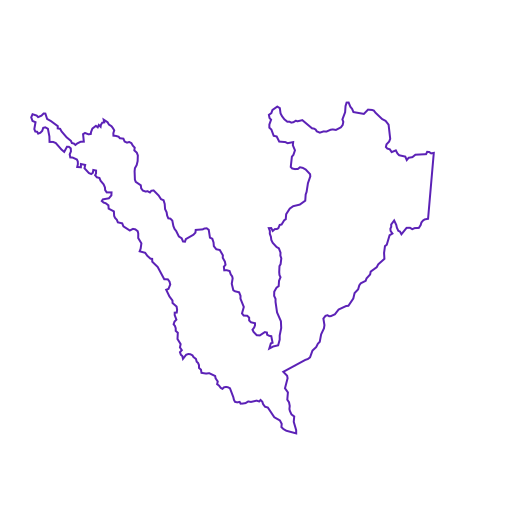 Ivolândia, Goiás, Brazil, rotated 349°
{"feature_id": "56859067B92704348904793", "entity_name": "Ivolândia", "entity_type": "district", "adm_level": 2, "iso_a3": "BRA", "parent_name": "Brazil", "parent_adm1": "Goiás", "projection": "natural_earth1", "projection_center": [-51.093, -16.686], "detail": "fine", "context": "isolated", "style": "outline", "palette": "violet", "viewbox_px": 512, "rotation_deg": 349, "n_neighbors": 0, "source": "geoboundaries", "source_scale": "gbopen_adm2", "svg_char_len": 6084}
<svg xmlns="http://www.w3.org/2000/svg" viewBox="0 0 512 512"><g transform="rotate(349 256 256)"><path d="M158.7,131.8L156.7,129.1L157.6,126.5L156.1,124.1L155.2,121.4L153.3,119.9L151.0,120.1L148.9,118.6L148.2,115.5L144.8,114.4L143.9,112.7L141.4,111.4L139.0,110.7L139.4,108.2L140.8,105.6L140.0,103.3L138.9,101.0L136.7,98.9L135.8,96.3L132.5,93.1L132.5,95.9L130.5,95.8L128.8,97.6L128.1,99.5L126.7,97.4L125.2,99.5L123.7,97.7L119.7,99.7L117.7,102.9L117.1,104.7L114.8,104.6L111.6,102.6L109.5,103.4L108.8,110.9L105.6,110.4L102.0,111.4L99.9,112.5L98.6,110.8L96.8,110.0L96.3,107.7L92.7,103.3L88.9,96.6L88.0,93.8L85.7,92.9L86.2,90.7L80.4,84.4L77.1,81.6L76.4,76.0L74.7,75.6L72.2,77.3L68.6,78.1L67.5,76.3L63.7,74.2L61.8,77.0L62.4,80.8L65.1,82.6L62.6,89.1L63.1,91.7L64.9,92.3L65.5,94.3L67.8,93.9L70.0,92.4L71.6,89.6L73.7,89.5L76.0,91.4L76.0,99.2L75.1,104.6L78.6,105.3L81.0,106.9L85.3,114.3L87.6,117.2L91.3,112.7L93.2,113.1L94.7,115.0L94.3,118.0L92.5,120.7L92.5,123.8L94.8,124.4L98.6,127.1L99.1,129.2L98.7,131.8L97.5,134.5L101.0,135.5L101.7,132.3L105.7,134.0L104.4,137.2L107.8,142.7L109.9,144.1L111.7,143.2L112.7,140.5L115.3,141.6L114.7,144.5L113.5,146.0L114.8,148.4L117.2,149.5L117.8,152.5L120.1,156.6L120.8,159.9L120.5,162.5L121.6,165.1L126.3,166.0L125.6,168.9L122.6,171.3L116.5,171.2L115.1,172.6L116.6,174.5L118.5,175.5L120.8,178.1L120.4,181.4L125.0,185.1L124.4,189.6L124.9,191.7L126.3,193.9L126.8,196.6L130.9,198.4L131.5,201.6L137.0,206.9L140.4,205.9L142.6,206.8L144.6,209.1L144.7,211.5L143.8,215.9L145.9,221.7L144.2,226.7L142.7,229.2L147.8,231.7L149.3,235.0L151.9,238.5L153.5,239.0L153.1,241.8L157.4,248.0L161.5,261.3L165.0,262.1L166.2,264.6L166.4,267.6L163.8,271.6L161.4,272.0L163.3,279.2L165.5,283.8L165.1,286.2L168.4,290.5L168.3,293.7L167.4,296.4L165.4,296.1L164.9,298.4L165.7,303.3L163.5,304.8L162.1,307.3L163.1,309.2L163.4,311.6L162.9,314.2L164.6,316.4L163.1,322.5L165.2,328.1L163.9,331.2L165.2,334.3L163.0,335.9L163.4,338.6L164.6,340.1L164.7,343.0L168.6,339.6L170.9,339.3L172.8,339.9L174.7,341.4L175.3,343.2L177.4,345.6L177.6,348.4L178.7,349.9L179.2,352.2L178.7,355.0L180.3,357.1L180.2,360.3L184.6,361.9L187.7,362.1L193.0,366.0L193.0,368.4L194.5,371.9L193.4,374.4L195.0,376.2L196.2,378.7L197.7,380.0L199.5,378.8L201.6,378.8L203.4,379.5L205.2,380.9L206.8,390.2L206.9,393.0L207.6,395.2L209.7,396.1L212.1,396.1L212.7,398.0L214.7,398.3L217.7,398.4L220.6,397.3L223.2,398.3L229.0,398.1L231.4,399.4L233.0,398.2L234.4,400.3L234.7,402.8L236.1,405.7L238.7,407.0L243.2,417.8L248.1,422.0L249.2,425.7L248.3,428.8L249.9,431.1L252.4,433.3L261.6,437.8L262.2,434.6L261.4,426.0L262.9,420.8L260.6,418.3L259.7,414.6L259.6,412.6L260.5,409.6L260.5,405.9L259.3,403.0L261.3,396.0L259.2,391.4L263.7,382.0L263.7,379.5L260.7,374.9L284.6,367.4L287.3,367.0L289.7,365.8L293.4,359.6L297.7,356.9L300.0,353.9L302.2,352.4L305.0,345.3L308.9,340.0L310.0,336.9L310.2,330.3L312.8,328.0L314.9,327.8L316.3,329.1L318.0,329.3L322.3,328.3L326.9,324.3L334.9,322.3L337.2,322.5L343.4,316.3L345.7,311.2L349.9,308.2L351.8,304.5L353.6,302.8L358.9,301.3L360.2,299.1L364.5,295.9L365.6,293.2L372.4,290.0L374.4,287.5L381.5,283.3L382.3,277.4L384.5,270.9L386.5,269.9L391.1,261.1L394.2,260.0L392.9,257.1L393.1,254.9L394.3,253.2L394.7,250.9L398.4,247.5L399.6,252.2L399.7,255.1L400.5,258.4L402.0,259.5L402.9,262.4L409.2,257.1L412.6,257.7L414.5,259.5L417.0,258.9L421.2,259.5L423.5,257.1L424.8,254.6L426.8,253.0L428.6,252.3L432.0,252.3L450.2,188.7L447.5,188.7L445.9,187.0L443.9,186.4L442.4,188.5L431.8,187.0L428.4,188.8L424.6,188.7L422.3,190.6L421.5,186.9L415.7,184.4L414.4,182.3L413.4,179.0L409.0,179.9L407.7,176.8L405.4,175.6L404.3,173.8L405.4,171.3L408.5,169.1L410.1,166.6L411.2,152.4L409.0,148.1L405.9,145.6L400.6,138.1L399.4,135.7L397.8,134.8L393.9,133.7L389.0,137.1L379.1,133.3L378.4,129.9L377.1,127.5L376.2,123.0L374.2,122.7L372.5,125.9L370.9,131.9L366.9,138.4L367.3,141.0L366.1,143.9L363.9,145.9L358.5,147.5L355.5,146.4L353.3,146.3L348.9,147.3L346.1,146.6L342.2,147.1L339.4,145.2L338.7,143.3L337.2,142.0L335.4,141.4L327.4,131.5L322.4,131.7L320.9,130.8L318.3,131.8L316.1,131.8L314.4,130.5L312.4,130.2L309.9,127.2L308.2,123.7L307.3,120.7L307.6,115.4L305.4,113.4L300.0,115.8L298.3,118.7L295.6,119.9L295.6,123.1L296.8,125.1L294.2,129.5L293.6,132.6L295.2,134.8L296.3,141.4L299.1,142.6L300.6,148.1L306.6,149.8L308.5,151.3L314.2,151.3L313.3,154.3L314.4,159.7L312.0,163.9L310.2,165.3L307.1,175.2L308.2,177.0L310.5,178.0L313.6,178.6L316.1,177.3L318.7,178.4L321.3,180.6L324.7,186.0L324.5,188.2L320.9,194.4L317.9,202.7L316.5,205.1L314.9,211.1L308.8,213.9L302.0,214.2L298.2,215.9L293.6,220.7L292.2,225.6L290.5,226.3L287.1,230.0L285.2,230.0L283.2,233.0L281.6,233.5L279.6,233.2L277.2,234.6L276.3,231.5L273.9,231.1L274.4,234.0L273.8,236.8L274.3,240.0L274.1,243.2L274.9,246.2L277.9,251.1L279.9,252.8L280.7,257.4L280.0,260.3L280.4,263.1L278.6,268.7L277.1,270.4L275.7,276.3L275.4,279.2L276.0,281.5L273.9,284.7L272.5,289.9L270.1,291.0L267.1,294.5L266.2,298.6L267.0,301.8L266.4,304.8L265.9,315.4L268.0,324.8L267.0,331.5L264.1,338.5L263.3,342.6L260.7,347.9L255.7,348.1L251.4,349.4L253.9,344.6L255.7,344.3L255.7,337.6L253.8,336.9L251.9,335.4L252.1,333.2L250.1,332.4L244.6,334.7L241.6,333.9L239.1,330.0L238.5,327.7L240.6,325.8L241.8,323.8L242.2,321.8L238.4,320.1L237.0,318.0L237.5,315.2L236.0,313.0L232.5,312.1L231.3,309.7L234.3,303.7L232.6,294.9L233.2,292.2L232.5,288.4L228.6,286.6L227.2,285.3L226.9,278.6L228.8,273.5L228.7,271.4L227.7,269.3L227.2,265.7L224.4,264.3L222.1,264.0L222.4,260.4L224.4,258.8L224.4,255.6L223.0,251.4L223.6,249.0L221.6,243.2L218.3,241.8L216.5,238.3L216.9,234.6L216.4,230.7L214.3,229.2L214.6,221.3L212.9,219.4L210.5,219.2L208.8,219.7L201.8,218.9L201.0,221.5L198.6,223.2L190.4,226.0L189.0,228.4L187.1,227.8L186.4,224.4L184.0,222.1L182.4,216.2L181.2,213.9L180.6,210.8L180.6,205.3L179.1,203.0L177.1,202.3L176.5,199.4L176.6,196.0L175.7,192.6L176.3,187.5L175.9,183.6L173.6,182.1L172.0,178.1L168.0,172.1L165.7,172.0L164.0,173.4L161.9,171.7L160.0,171.7L157.4,170.2L156.2,167.7L156.4,164.6L152.1,160.3L151.7,157.9L153.0,149.6L153.9,146.7L156.2,144.0L157.9,140.3L159.2,134.7L158.7,131.8Z" fill="none" stroke="#5b21b6" stroke-width="2"/></g></svg>